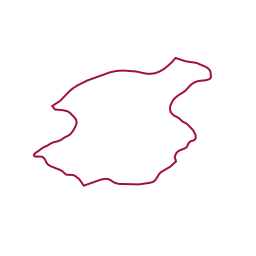 map outline of Bắc Kạn (Equal Earth projection), rotated 68°
{"feature_id": "VNM-451", "entity_name": "Bắc Kạn", "entity_type": "Province", "adm_level": 1, "iso_a3": "VNM", "parent_name": "Vietnam", "parent_adm1": "", "projection": "equal_earth", "projection_center": [105.864, 22.252], "detail": "fine", "context": "isolated", "style": "outline", "palette": "rose", "viewbox_px": 256, "rotation_deg": 68, "n_neighbors": 0, "source": "natural_earth", "source_scale": "10m", "svg_char_len": 1641}
<svg xmlns="http://www.w3.org/2000/svg" viewBox="0 0 256 256"><g transform="rotate(68 128 128)"><path d="M79.2,190.0L77.4,180.7L71.9,168.4L70.5,163.9L69.6,159.0L68.7,148.0L69.6,124.5L70.4,119.0L71.8,114.1L73.5,109.7L78.6,99.4L84.1,91.3L85.9,87.7L87.3,82.9L87.5,78.4L86.9,73.1L85.3,67.7L83.7,63.3L80.9,57.7L87.8,49.5L93.3,40.1L100.2,33.2L102.6,31.5L105.1,30.5L106.9,30.5L111.6,31.9L112.6,32.7L113.1,34.2L113.1,36.2L112.7,38.6L111.0,44.2L110.6,47.0L110.7,49.8L111.2,52.6L112.1,55.0L114.8,60.5L115.6,63.7L116.2,67.3L117.2,71.5L118.9,75.6L123.2,80.5L126.0,81.9L128.9,82.5L131.2,81.9L133.4,80.9L135.9,78.7L138.2,77.0L142.0,75.2L143.5,74.1L144.9,72.8L146.8,71.5L154.7,68.4L160.0,68.0L162.4,68.8L163.9,70.4L164.0,72.5L163.8,74.5L164.1,76.3L165.0,77.9L166.5,79.3L167.7,80.8L168.2,82.9L168.1,88.0L168.5,90.8L169.9,93.3L172.3,95.5L177.0,96.0L179.7,103.4L181.2,113.7L182.3,116.3L186.2,121.6L187.1,123.7L187.3,125.8L187.0,128.3L184.4,139.0L176.7,156.8L175.4,158.8L174.0,160.6L172.5,161.9L169.4,164.0L167.8,165.7L166.4,168.7L165.7,172.6L164.9,190.6L157.0,192.4L155.2,193.6L152.9,194.8L151.4,196.1L150.3,198.0L148.6,201.9L147.6,203.1L144.0,204.8L141.7,206.4L134.4,214.1L131.9,215.9L129.3,216.6L126.6,216.7L124.3,217.2L122.6,218.3L121.5,220.3L120.6,222.6L119.8,224.5L118.7,225.5L117.6,225.3L116.7,223.8L116.2,222.0L115.8,219.8L114.6,215.5L114.3,213.4L114.1,209.2L113.3,204.3L113.5,201.1L114.0,198.1L114.0,195.4L113.7,193.3L113.2,191.3L112.9,189.1L112.8,187.0L112.4,184.5L111.2,181.9L109.2,178.9L106.5,175.8L103.8,173.6L101.1,173.1L98.7,173.5L92.7,175.9L89.9,177.7L87.0,181.9L83.4,188.8L79.2,190.0Z" fill="none" stroke="#9f1239" stroke-width="2"/></g></svg>